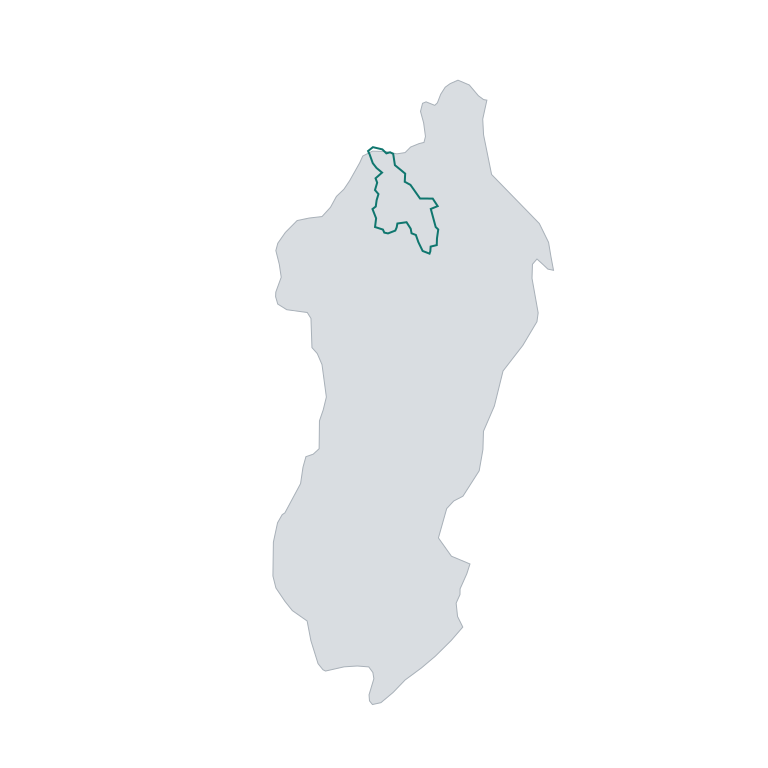 Përmet, Gjirokastër, Albania (highlighted), rotated 195°
{"feature_id": "67620474B23103740146981", "entity_name": "Përmet", "entity_type": "district", "adm_level": 2, "iso_a3": "ALB", "parent_name": "Albania", "parent_adm1": "Gjirokastër", "projection": "equal_earth", "projection_center": [20.353, 40.273], "detail": "fine", "context": "in_parent", "style": "outline", "palette": "teal", "viewbox_px": 768, "rotation_deg": 195, "n_neighbors": 0, "source": "geoboundaries", "source_scale": "gbopen_adm2", "svg_char_len": 2139}
<svg xmlns="http://www.w3.org/2000/svg" viewBox="0 0 768 768"><g transform="rotate(195 384 384)"><path d="M254.4,232.4L254.9,222.1L257.5,205.8L256.1,200.3L257.6,191.0L252.8,178.5L245.0,169.6L252.7,153.7L263.9,134.5L274.4,119.4L287.0,103.6L295.4,88.4L304.5,75.4L312.2,71.4L316.0,74.2L318.0,79.9L317.5,96.7L320.1,102.5L325.5,106.8L336.8,104.7L349.3,100.5L366.2,91.6L369.0,92.2L375.3,96.8L388.2,117.2L396.9,135.2L413.9,141.4L423.4,148.4L435.6,159.0L441.6,169.8L449.9,202.6L450.9,222.4L448.5,231.5L446.4,233.8L438.8,266.2L440.7,282.7L440.6,293.6L434.2,297.9L429.9,304.7L436.8,331.7L436.0,343.3L436.3,356.5L448.9,386.7L456.3,396.1L463.0,400.5L471.5,428.4L476.6,433.2L497.2,430.6L507.3,433.7L511.3,440.3L512.3,444.8L510.9,460.5L516.1,472.5L523.0,484.9L523.0,492.5L518.5,504.9L510.2,519.4L499.3,524.9L487.2,529.7L481.4,540.9L478.5,552.9L473.1,561.8L469.8,571.5L464.7,591.4L463.5,598.7L455.3,606.0L442.6,609.0L431.2,609.6L423.5,613.0L419.6,619.8L412.3,625.3L407.9,627.7L408.0,633.8L413.3,646.5L419.3,656.8L419.4,665.1L416.4,667.4L407.1,666.3L405.2,669.4L404.2,678.6L401.7,686.5L397.8,691.3L391.2,696.6L379.0,694.9L367.5,686.9L361.5,684.5L358.1,684.8L357.2,665.4L352.3,650.4L334.3,614.2L275.5,579.2L261.7,563.4L255.7,550.2L249.7,537.7L255.5,537.4L261.2,540.5L268.6,544.3L271.6,538.1L268.4,524.4L253.5,492.6L252.4,483.8L259.9,457.2L272.4,427.4L271.7,391.3L275.7,364.1L271.5,346.4L269.6,324.8L278.7,296.1L286.4,289.0L291.2,279.9L291.6,249.4L274.3,235.1L254.4,232.4Z" fill="#d9dde1" stroke="#a8b0b8" stroke-width="1"/><path d="M373.6,524.2L374.5,528.8L369.0,531.8L370.5,538.3L371.6,547.3L374.7,549.0L384.1,565.2L378.2,569.7L384.9,575.7L397.2,572.5L410.0,583.2L416.3,584.7L418.0,592.7L430.1,598.2L434.7,608.7L438.1,609.4L441.4,607.4L446.3,610.2L456.0,609.9L459.7,604.9L457.4,602.2L452.0,594.4L447.1,590.7L440.6,587.7L445.4,580.5L442.7,576.7L442.9,569.0L438.5,566.0L438.7,559.7L437.9,553.3L440.4,550.0L434.5,542.0L433.3,533.3L425.0,532.9L422.9,530.3L419.1,530.5L412.8,535.1L412.3,538.5L412.6,542.5L404.1,546.1L398.4,540.9L396.4,536.7L391.8,536.2L387.5,529.9L381.1,522.5L373.8,521.7L373.6,524.2Z" fill="none" stroke="#0f766e" stroke-width="2"/></g></svg>